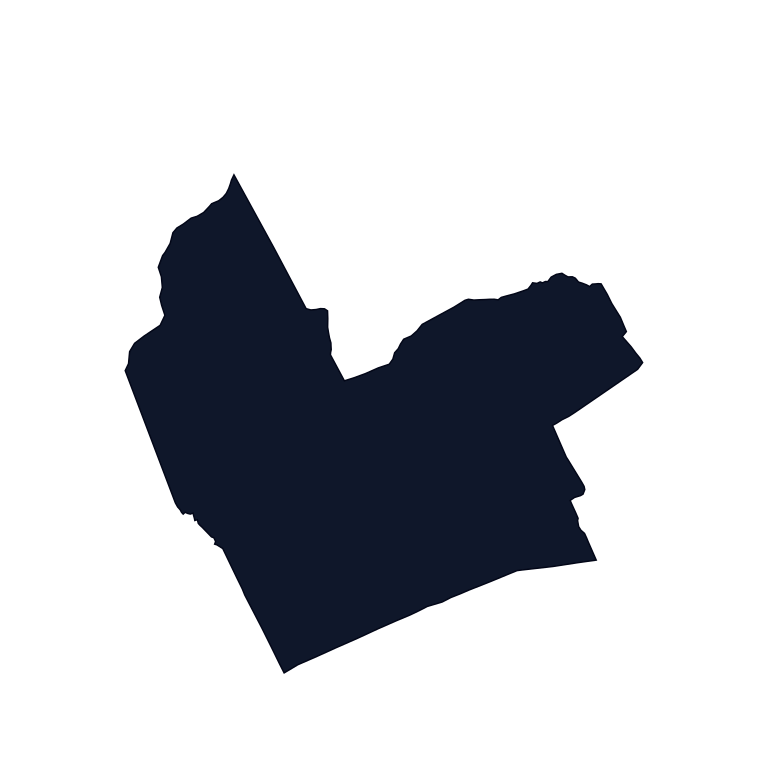 Doun Kaev, Takêv, Cambodia (Mercator projection), rotated 242°
{"feature_id": "14789045B36227834850403", "entity_name": "Doun Kaev", "entity_type": "district", "adm_level": 2, "iso_a3": "KHM", "parent_name": "Cambodia", "parent_adm1": "Takêv", "projection": "mercator", "projection_center": [104.801, 10.986], "detail": "fine", "context": "isolated", "style": "filled", "palette": "ink", "viewbox_px": 768, "rotation_deg": 242, "n_neighbors": 0, "source": "geoboundaries", "source_scale": "gbopen_adm2", "svg_char_len": 2355}
<svg xmlns="http://www.w3.org/2000/svg" viewBox="0 0 768 768"><g transform="rotate(242 384 384)"><path d="M517.3,161.8L377.0,144.0L372.3,144.1L368.6,145.0L365.7,145.0L363.4,145.6L364.1,148.2L362.0,149.8L360.1,151.9L359.6,154.8L357.0,154.1L354.7,153.6L352.3,152.9L351.8,155.5L348.1,154.6L345.7,155.2L343.2,156.1L330.0,159.9L328.1,161.6L324.0,161.4L322.1,159.3L320.5,160.9L314.4,164.4L282.3,163.1L269.7,162.7L263.1,162.0L225.3,161.6L203.3,161.0L185.8,160.4L175.8,160.2L176.6,176.0L174.9,198.1L173.7,217.5L171.9,241.6L170.7,263.5L169.3,282.4L167.8,299.0L167.4,308.9L167.3,314.4L167.3,317.7L164.2,333.1L164.1,342.7L162.9,353.4L162.2,362.1L159.5,386.2L157.8,403.8L156.8,413.8L155.0,418.6L143.5,447.7L135.5,470.6L128.9,488.7L148.8,490.2L152.7,490.6L157.9,490.9L162.5,489.2L166.7,488.9L172.5,490.8L174.3,492.3L180.3,492.8L190.3,493.4L193.8,493.7L194.4,499.0L193.2,505.1L193.3,508.0L196.5,511.7L199.7,512.6L204.3,512.5L230.5,510.9L233.8,510.6L268.3,513.3L268.4,518.5L268.9,524.2L268.7,532.1L269.3,539.0L277.9,614.8L281.5,622.4L286.7,622.1L293.2,620.8L300.7,619.7L314.0,616.6L316.5,622.6L322.4,623.1L331.9,624.0L348.1,622.9L358.2,623.2L370.5,622.7L372.1,620.1L372.9,618.1L374.4,614.8L373.5,611.3L376.4,609.4L380.0,606.3L382.7,603.6L387.6,602.6L390.2,600.7L392.2,596.7L395.3,594.7L398.2,593.1L399.9,587.6L399.9,581.8L397.5,576.7L398.7,574.6L398.9,571.4L400.8,569.8L401.0,566.3L403.6,562.7L402.1,560.1L400.2,555.7L400.8,551.1L402.4,541.3L404.4,532.8L405.4,528.2L404.7,524.3L407.1,521.1L409.3,516.8L411.1,512.9L413.2,508.6L415.9,502.8L419.2,498.3L419.9,494.8L419.0,481.8L418.9,467.0L418.7,445.7L415.4,438.1L413.6,430.6L414.3,422.4L411.5,417.3L408.5,413.2L406.6,408.1L401.8,403.5L399.0,397.9L399.7,393.7L400.9,386.5L401.9,372.4L403.6,360.2L405.4,350.5L434.9,350.4L437.1,351.8L439.1,353.5L441.7,354.7L445.2,356.4L450.3,357.5L455.4,359.1L460.6,360.9L468.0,365.0L475.1,368.5L478.3,366.8L480.4,363.3L481.6,359.1L483.7,354.2L487.1,350.6L556.0,350.7L639.1,349.7L635.6,345.0L633.0,342.5L629.5,338.7L626.3,334.2L624.4,329.5L623.4,324.0L624.1,316.5L622.8,313.3L620.1,305.3L619.8,297.7L621.0,291.6L619.4,281.7L619.0,274.5L616.7,268.7L608.5,261.2L603.0,252.5L601.3,248.8L593.0,239.5L583.2,237.8L573.3,233.6L565.9,226.7L557.8,224.6L547.5,222.8L540.9,213.9L539.0,195.0L537.0,182.9L532.0,174.6L521.9,168.0L517.3,161.8Z" fill="#0f172a" stroke="#020617" stroke-width="1.5"/></g></svg>